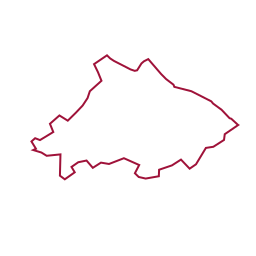 the district of Uzbekistan, Ferghana, Uzbekistan, rotated 231°
{"feature_id": "79887680B27601964839948", "entity_name": "Uzbekistan", "entity_type": "district", "adm_level": 2, "iso_a3": "UZB", "parent_name": "Uzbekistan", "parent_adm1": "Ferghana", "projection": "orthographic", "projection_center": [70.87, 40.347], "detail": "fine", "context": "isolated", "style": "outline", "palette": "rose", "viewbox_px": 256, "rotation_deg": 231, "n_neighbors": 0, "source": "geoboundaries", "source_scale": "gbopen_adm2", "svg_char_len": 903}
<svg xmlns="http://www.w3.org/2000/svg" viewBox="0 0 256 256"><g transform="rotate(231 128 128)"><path d="M199.0,141.8L190.3,139.8L181.4,137.1L180.6,121.5L176.7,115.4L174.0,106.9L172.7,97.1L171.6,85.8L180.9,82.6L180.4,70.0L171.9,67.4L174.0,52.0L178.5,49.4L178.3,44.5L169.8,43.4L170.5,40.5L163.4,45.3L157.6,47.3L150.0,58.9L133.8,45.1L127.9,46.6L127.1,58.7L133.3,59.6L132.7,67.8L128.8,75.3L119.2,75.6L118.1,85.2L112.0,90.6L107.1,105.8L92.2,113.4L88.5,104.9L83.2,105.5L77.6,109.9L71.1,121.6L76.0,125.9L71.3,138.6L70.1,149.3L57.6,150.3L57.0,158.0L63.5,176.0L59.7,182.5L58.3,195.1L62.3,199.3L61.0,215.5L61.3,215.4L70.2,214.1L71.7,213.1L83.2,212.2L93.5,209.5L96.3,209.5L116.7,200.4L130.8,189.9L133.0,190.6L142.1,188.4L149.1,187.7L168.8,187.1L169.8,182.4L169.7,179.1L167.1,171.4L168.2,169.2L172.0,166.8L189.0,159.3L193.4,157.9L197.7,157.4L199.0,141.8Z" fill="none" stroke="#9f1239" stroke-width="2"/></g></svg>